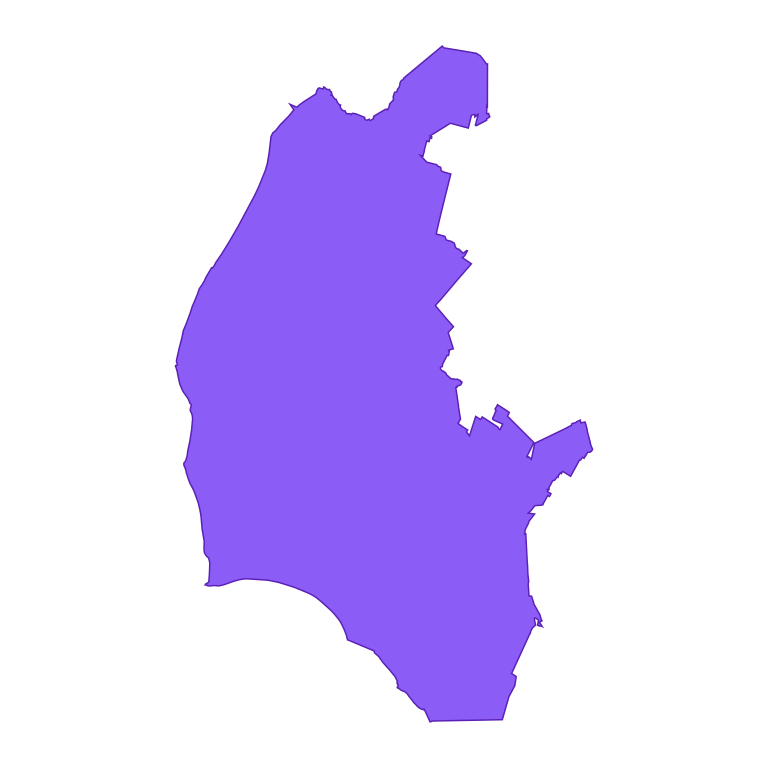 outline of Ahome, Sinaloa, Mexico
{"feature_id": "50627088B63495042821208", "entity_name": "Ahome", "entity_type": "district", "adm_level": 2, "iso_a3": "MEX", "parent_name": "Mexico", "parent_adm1": "Sinaloa", "projection": "robinson", "projection_center": [-109.057, 25.923], "detail": "fine", "context": "isolated", "style": "filled", "palette": "violet", "viewbox_px": 768, "rotation_deg": 0, "n_neighbors": 0, "source": "geoboundaries", "source_scale": "gbopen_adm2", "svg_char_len": 6057}
<svg xmlns="http://www.w3.org/2000/svg" viewBox="0 0 768 768"><path d="M476.4,53.3L443.6,47.8L442.4,46.1L442.2,46.1L403.8,78.0L403.1,79.6L401.3,80.6L400.3,82.3L399.9,83.5L399.9,84.9L399.0,87.5L397.5,89.2L397.2,90.4L397.0,91.7L396.1,92.2L395.0,92.1L394.5,92.6L393.2,96.6L393.4,100.3L392.6,100.8L389.7,103.9L389.5,104.4L389.3,106.2L387.7,109.8L386.9,109.7L386.9,109.3L385.6,109.2L373.8,116.2L373.4,118.1L373.0,119.1L372.2,119.4L370.4,120.5L369.1,119.7L369.1,119.3L367.0,120.2L365.7,119.9L364.7,119.0L364.7,117.5L364.3,117.2L355.7,113.8L352.9,113.3L352.1,113.5L351.3,114.6L350.0,113.7L347.4,113.8L346.4,113.5L346.1,112.7L345.7,112.2L345.2,111.0L342.6,110.4L341.0,108.6L340.3,107.3L340.2,106.5L340.6,105.0L339.4,104.7L338.6,104.0L337.5,102.4L336.1,99.3L335.2,99.1L334.3,98.4L332.4,95.5L331.1,95.2L331.2,94.8L331.7,94.6L331.9,94.7L332.0,95.1L331.8,93.3L331.3,92.4L331.3,91.8L330.8,91.6L330.1,90.9L329.4,89.5L328.7,89.7L326.1,89.0L325.2,87.8L323.7,87.0L323.3,88.6L322.9,88.9L322.5,88.9L321.9,88.6L320.7,88.4L319.3,87.9L318.5,88.2L317.8,88.8L317.1,90.1L315.8,94.0L304.7,101.1L299.8,104.6L297.0,107.1L296.5,107.1L290.0,104.3L293.9,109.8L288.6,116.3L280.3,124.7L275.8,130.4L272.8,132.9L271.0,136.6L269.2,152.3L267.4,163.3L265.4,170.3L258.6,187.1L254.3,196.1L238.0,226.6L228.9,242.3L221.4,254.4L215.8,262.5L214.0,266.1L212.5,267.9L211.6,267.7L206.2,276.8L204.3,281.0L202.0,284.8L199.3,288.7L197.5,294.1L192.1,307.0L190.3,312.7L186.0,324.3L183.4,330.4L181.7,338.6L179.3,347.7L176.5,360.2L176.5,362.1L177.3,363.9L177.0,365.3L175.8,365.4L175.4,366.0L176.2,368.0L177.5,372.6L177.6,374.1L179.8,384.0L181.7,388.7L183.3,391.9L188.1,398.7L188.8,400.5L189.4,401.6L189.8,403.2L191.4,404.8L190.5,408.2L190.2,410.4L191.7,413.6L192.3,415.8L192.6,418.9L191.6,429.9L189.7,442.0L187.8,450.7L187.0,456.7L185.3,461.5L184.0,462.8L183.8,464.4L184.2,466.2L184.6,466.7L185.9,470.3L186.2,472.3L188.6,479.7L190.0,483.4L193.1,489.1L194.8,493.1L198.3,503.0L200.1,510.7L201.0,516.2L202.2,529.5L204.2,541.2L204.0,549.0L204.3,551.9L204.6,553.1L205.7,555.0L207.5,557.1L208.6,557.8L209.8,563.0L209.4,573.9L208.8,581.9L206.8,583.5L206.3,583.5L205.7,584.0L205.2,584.9L206.1,584.9L207.4,585.7L208.6,585.9L210.7,585.9L214.0,585.5L218.3,585.9L220.3,585.6L224.6,584.5L234.2,581.1L239.7,579.6L244.5,578.9L247.0,578.8L266.8,580.1L270.1,580.6L278.6,582.4L290.0,585.9L294.2,587.3L305.8,592.0L309.7,593.7L313.3,595.7L315.7,597.2L319.9,600.5L330.1,609.6L334.2,613.8L338.6,619.2L340.4,621.8L342.3,625.5L344.5,630.2L346.4,635.3L347.5,639.8L374.0,650.9L374.4,652.4L375.0,653.3L378.4,656.2L379.9,658.1L380.5,659.2L381.1,659.8L382.6,662.1L389.3,669.6L395.2,676.8L397.3,681.3L397.4,681.9L397.1,682.2L397.3,682.4L397.2,683.8L397.5,683.9L398.0,685.5L397.9,686.5L397.5,686.7L397.2,687.3L397.6,688.0L398.2,687.9L400.7,690.0L403.3,691.2L404.3,691.4L407.0,693.5L408.9,696.3L411.9,700.0L413.6,702.4L417.7,706.6L419.4,708.0L421.3,709.1L422.9,709.6L423.6,709.7L424.0,709.7L424.1,709.4L425.2,711.3L430.1,721.9L432.7,721.0L502.3,719.7L508.9,696.7L514.8,685.7L516.2,676.5L511.6,673.5L529.9,633.6L530.2,633.5L530.9,630.9L532.1,628.6L532.8,627.6L535.5,625.1L534.3,618.4L535.7,618.1L538.1,619.8L538.4,620.2L538.4,621.0L537.5,625.2L539.7,626.1L541.3,626.0L542.1,626.4L539.4,622.1L542.0,620.8L541.3,619.5L539.9,614.7L534.2,604.6L531.6,596.2L529.0,595.9L528.2,583.9L528.7,581.4L527.9,574.3L527.6,566.2L527.2,561.2L525.8,533.9L524.7,534.2L525.0,532.9L525.0,530.2L528.6,522.9L528.7,521.8L529.1,521.1L534.6,514.0L528.2,513.1L531.1,510.5L534.3,506.3L535.3,505.6L541.5,505.2L543.0,504.7L542.8,504.0L543.2,503.7L547.8,495.5L549.4,496.5L551.0,493.7L547.5,491.6L547.6,491.0L548.1,490.2L548.7,489.8L548.4,489.6L547.6,489.9L547.3,489.4L549.0,489.0L549.1,487.6L549.3,486.9L551.6,482.9L552.3,481.3L553.0,480.6L554.2,480.4L555.1,479.7L557.5,476.5L558.1,477.0L558.1,476.2L558.8,475.0L559.2,474.7L560.4,472.8L561.4,473.6L562.6,471.3L570.6,476.3L579.5,460.1L580.7,460.0L582.3,457.3L584.0,458.3L585.2,456.0L585.5,456.2L587.7,452.3L590.2,452.1L590.8,451.4L591.4,451.4L592.6,449.3L590.8,445.1L590.1,441.8L587.5,432.1L586.9,428.4L585.3,422.6L585.1,422.7L584.9,422.0L580.9,422.9L580.3,420.1L576.7,421.7L576.0,422.4L574.6,423.0L572.3,423.4L572.0,423.6L571.3,425.5L571.1,425.5L563.2,429.6L534.7,443.3L531.4,459.3L529.0,457.0L528.7,456.9L528.4,457.3L527.8,456.9L527.4,457.2L526.8,456.7L533.7,443.0L534.1,442.8L507.5,416.2L509.3,412.5L506.1,410.2L497.5,404.7L496.5,406.8L495.2,408.6L495.3,409.8L496.2,411.0L495.4,412.0L494.8,413.3L494.1,415.2L492.7,418.0L492.6,418.7L493.1,419.8L502.7,424.1L499.9,429.7L498.8,428.8L497.8,427.0L482.2,416.9L480.6,419.5L475.7,416.4L469.5,435.8L466.5,431.9L467.7,430.0L461.8,426.2L458.0,423.4L460.5,419.2L458.5,407.0L458.5,405.8L455.8,387.6L457.2,387.0L456.9,386.2L460.5,385.0L461.9,382.8L461.9,381.9L460.7,381.6L460.6,380.7L460.0,380.3L458.6,379.9L457.6,379.2L455.2,379.4L453.6,378.8L452.8,379.2L450.7,378.5L446.3,374.5L446.0,373.2L445.4,372.6L444.0,371.8L443.3,371.1L442.6,371.1L441.3,370.0L440.6,369.1L440.4,368.2L440.4,367.4L441.9,366.6L442.3,366.6L442.8,363.4L443.1,363.2L447.1,355.3L447.7,355.6L448.4,355.5L448.6,355.2L449.4,350.7L448.7,350.7L448.5,350.2L453.3,348.8L448.2,332.5L453.5,326.7L446.1,318.4L435.3,305.5L440.6,299.7L457.8,279.4L471.4,263.8L462.3,257.6L464.7,255.8L467.4,250.8L466.8,250.6L466.5,250.7L463.5,253.0L462.9,253.0L459.1,249.3L456.6,248.6L455.0,246.5L455.0,245.0L454.0,242.8L452.7,242.4L452.0,241.6L446.3,240.0L445.0,236.6L444.6,236.2L436.2,234.0L439.1,221.2L443.4,203.6L450.8,174.0L443.7,172.0L441.3,170.7L441.1,170.3L440.7,167.4L440.1,167.0L438.0,166.3L436.7,164.7L426.8,162.2L420.4,155.4L423.0,156.1L423.1,155.0L423.9,152.8L424.4,150.6L424.3,150.2L426.7,141.0L429.0,141.7L430.0,137.9L431.5,138.3L431.8,136.9L430.0,135.9L449.2,124.0L450.2,123.2L468.3,128.1L471.4,115.4L472.5,114.9L475.0,114.5L474.8,116.9L476.7,115.5L477.6,114.3L478.1,114.3L475.4,125.3L476.3,125.7L486.6,120.3L486.6,119.1L489.8,116.8L488.7,114.2L488.7,113.5L486.7,113.8L486.7,113.6L486.7,110.7L486.8,110.3L486.7,105.9L487.4,106.6L487.5,64.0L486.8,64.3L480.5,56.0L476.4,53.3Z" fill="#8b5cf6" stroke="#5b21b6" stroke-width="1.5"/></svg>